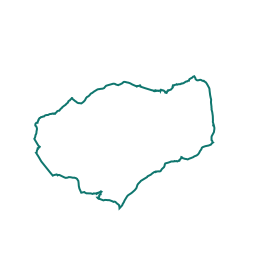 the district of Ticusu, Brasov, Romania, rotated 127°
{"feature_id": "2599482B19489151240121", "entity_name": "Ticusu", "entity_type": "district", "adm_level": 2, "iso_a3": "ROU", "parent_name": "Romania", "parent_adm1": "Brasov", "projection": "orthographic", "projection_center": [25.069, 45.937], "detail": "fine", "context": "isolated", "style": "outline", "palette": "teal", "viewbox_px": 256, "rotation_deg": 127, "n_neighbors": 0, "source": "geoboundaries", "source_scale": "gbopen_adm2", "svg_char_len": 5587}
<svg xmlns="http://www.w3.org/2000/svg" viewBox="0 0 256 256"><g transform="rotate(127 128 128)"><path d="M193.0,196.3L193.3,195.7L196.1,188.8L196.1,187.2L196.9,187.1L198.5,188.0L198.9,187.8L199.2,187.3L199.6,187.4L201.0,187.1L202.9,186.0L203.2,186.3L204.7,182.3L206.9,177.1L210.4,163.3L211.3,159.4L210.3,158.9L208.0,157.0L208.2,155.7L207.5,155.4L206.8,154.6L205.7,148.9L205.3,147.7L203.9,146.3L202.9,145.8L201.8,144.1L200.9,142.1L200.0,141.0L199.4,139.4L199.3,138.1L199.8,136.9L200.1,135.9L201.5,134.5L204.0,132.3L205.6,130.4L207.8,126.4L205.4,124.3L205.5,123.5L205.2,121.9L202.6,118.3L201.9,116.5L200.7,115.9L200.3,115.0L199.7,114.4L198.5,113.5L199.0,113.2L197.9,112.7L196.5,112.2L196.0,111.8L194.9,111.5L194.9,110.9L195.4,111.1L196.0,110.8L196.8,110.6L197.5,109.9L198.4,110.4L199.3,110.4L200.2,109.6L201.0,109.6L202.0,110.6L202.2,109.9L202.1,108.5L201.7,108.0L201.1,105.9L200.6,104.1L199.3,103.1L198.2,101.5L197.7,100.5L197.0,99.8L196.5,98.4L195.8,95.9L195.8,95.2L195.0,94.6L194.6,93.6L194.9,91.5L194.9,89.6L195.0,88.6L195.6,88.2L195.9,87.6L197.2,86.5L195.6,86.3L194.7,86.3L193.6,86.1L192.8,86.2L192.0,86.5L191.1,86.5L190.3,86.7L189.5,86.7L188.1,87.1L184.0,87.5L183.6,87.5L183.1,87.6L181.5,87.4L178.5,86.3L177.1,85.9L173.6,85.2L171.1,85.1L169.8,85.5L167.9,86.2L166.5,86.3L163.3,85.9L162.5,85.9L155.7,83.2L154.8,83.3L151.6,81.7L149.7,81.3L147.6,80.6L146.2,79.7L146.4,79.3L145.4,78.8L144.3,77.6L143.9,76.9L143.3,76.3L142.2,76.0L141.4,76.2L140.2,76.2L137.6,75.7L136.0,76.1L135.4,76.5L134.9,76.7L133.9,76.9L132.8,76.1L131.7,75.2L129.6,73.8L128.8,73.4L128.2,72.6L127.2,71.4L126.9,71.1L126.6,71.1L126.4,71.0L126.3,70.6L126.0,70.1L125.4,69.6L125.2,69.3L125.1,68.6L124.8,68.3L124.0,68.0L123.3,67.3L122.5,67.7L122.1,67.4L121.6,67.5L120.6,67.4L120.2,67.4L119.1,67.9L118.9,67.3L119.1,66.0L118.6,64.7L118.4,64.0L117.5,62.4L117.3,61.6L117.0,61.3L115.4,60.5L114.4,59.8L111.9,58.3L110.8,58.0L108.7,56.7L107.0,56.2L105.6,56.2L104.4,56.3L103.5,56.6L101.0,56.6L99.4,57.1L98.5,56.9L97.5,56.3L96.0,55.3L93.5,53.1L91.4,51.8L89.8,51.8L88.4,51.4L88.4,51.9L88.2,52.3L87.6,53.0L87.4,53.7L87.4,54.0L85.0,55.8L84.2,56.2L79.6,56.9L76.7,58.5L75.8,59.2L74.1,61.2L74.5,61.6L73.8,62.0L73.1,62.5L72.1,63.9L71.1,64.5L67.4,67.5L64.6,70.3L63.1,72.2L62.7,72.6L62.4,72.7L61.7,73.4L61.4,73.7L61.0,73.9L58.1,76.7L57.3,77.4L56.0,78.2L55.1,78.9L54.8,79.3L54.1,80.2L53.0,81.4L52.4,82.1L49.0,85.4L48.2,86.1L47.6,86.7L47.2,87.3L45.5,91.0L44.7,93.2L44.8,93.7L44.8,94.1L44.7,95.8L45.1,95.9L45.4,96.9L45.6,97.5L45.6,98.2L45.9,99.1L46.3,99.6L47.4,100.4L48.2,101.3L48.4,101.9L48.4,102.4L48.3,103.3L48.2,103.6L47.5,104.4L46.8,106.2L47.9,106.9L49.1,107.0L50.0,107.5L50.9,107.8L51.7,108.2L52.0,108.3L53.1,108.1L53.5,107.8L53.9,108.2L54.2,108.4L54.9,108.8L55.2,108.8L55.8,109.5L56.7,109.9L58.9,110.7L59.3,111.1L59.6,111.3L60.0,111.6L60.3,111.8L60.4,112.2L60.8,112.3L61.5,112.6L61.9,113.0L62.2,113.6L63.2,114.4L63.3,114.5L63.7,114.7L63.8,114.8L63.9,115.0L63.8,115.4L64.3,115.5L64.7,115.9L64.8,116.1L65.5,116.6L66.2,116.8L66.4,116.9L66.5,117.5L66.7,117.8L66.9,117.8L67.3,117.4L68.0,117.4L68.7,116.6L69.1,116.7L69.9,116.7L70.8,116.8L71.4,116.8L72.7,117.6L73.0,117.9L73.4,118.2L73.5,118.4L73.7,118.2L74.0,118.2L74.2,118.3L74.7,118.7L74.9,118.8L75.1,118.8L75.7,118.5L76.8,118.3L77.0,118.8L77.2,119.3L77.3,119.7L76.7,120.2L76.7,121.2L76.7,121.5L76.6,121.9L76.9,122.8L77.2,123.1L77.3,123.9L77.8,123.9L78.1,124.1L78.1,124.3L78.1,124.6L78.3,124.5L78.8,124.7L79.0,124.6L78.8,125.0L79.2,125.2L79.7,125.9L80.0,125.9L80.2,126.1L80.3,126.3L80.1,126.5L80.6,127.2L81.1,127.5L81.3,127.7L81.2,127.9L81.3,128.1L81.2,128.4L81.7,128.9L81.8,128.8L81.8,128.5L81.8,128.3L81.9,128.2L82.0,128.3L81.9,128.4L81.9,128.6L82.1,128.7L82.1,128.9L81.8,129.1L82.2,129.4L82.6,129.1L82.8,129.2L83.0,129.8L83.0,130.8L83.5,131.7L85.9,138.3L87.4,142.8L87.2,142.9L87.1,143.2L87.1,143.5L86.7,143.7L86.6,143.9L86.7,144.1L87.9,144.7L88.6,145.5L88.8,145.6L89.0,146.1L89.3,146.3L89.6,146.2L89.6,146.3L90.7,150.9L90.9,152.6L91.1,153.5L91.5,154.8L91.7,155.3L92.0,155.8L92.2,156.2L92.5,157.0L93.0,158.1L93.5,158.9L93.8,159.1L94.3,159.3L94.8,159.4L95.3,159.4L95.8,159.5L96.4,159.9L97.5,160.3L99.0,161.3L99.6,161.5L99.9,162.1L100.6,164.1L100.6,164.9L101.0,165.7L101.7,166.6L107.0,170.6L107.5,170.9L109.3,171.1L110.5,171.1L111.8,171.9L112.2,172.3L113.3,173.5L114.4,174.5L114.9,175.1L115.6,175.6L119.4,177.1L120.5,177.4L121.6,177.7L122.5,178.2L123.2,178.4L124.6,178.4L126.0,178.6L126.5,178.7L127.9,179.4L129.5,179.5L131.4,179.1L132.3,179.1L134.0,179.3L136.3,180.0L136.5,180.1L137.1,181.3L137.4,181.8L137.9,182.5L138.1,183.0L138.2,183.4L138.3,184.2L138.2,185.3L138.3,186.8L138.2,188.5L138.2,190.1L138.2,190.5L137.8,190.7L137.9,190.9L138.1,190.9L138.6,190.8L139.0,190.9L139.8,191.1L141.0,191.1L141.7,191.5L142.1,191.6L142.5,191.7L143.0,191.6L143.2,191.4L144.1,191.3L145.9,191.8L146.2,191.7L146.9,191.8L147.4,191.9L148.4,192.3L150.3,192.8L150.9,193.0L152.0,192.9L152.3,193.0L152.7,193.2L153.5,193.3L154.2,193.3L155.5,193.3L156.0,193.9L157.1,194.6L158.6,194.6L159.7,194.9L160.3,194.8L160.4,195.3L160.6,195.5L160.9,195.3L161.3,195.6L161.5,196.1L161.3,196.2L161.8,196.9L162.1,197.2L162.5,197.3L163.8,198.7L164.2,199.0L165.7,199.7L166.9,201.1L167.8,201.7L168.5,202.0L169.5,202.1L170.1,202.9L170.8,203.2L171.6,204.0L171.9,204.1L172.6,204.1L173.2,204.6L174.5,204.6L175.0,204.3L175.2,204.2L175.7,204.4L176.6,204.0L177.9,203.6L178.3,203.4L178.9,204.3L180.0,204.4L180.7,204.3L181.5,203.7L181.8,203.5L181.9,203.2L181.9,202.5L182.0,202.1L183.0,200.6L184.1,199.8L185.8,199.0L187.2,198.1L188.4,197.7L189.4,197.6L190.2,197.1L191.7,196.5L193.0,196.3Z" fill="none" stroke="#0f766e" stroke-width="2"/></g></svg>